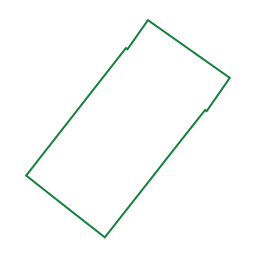 outline of Utracán, La Pampa, Argentina, rotated 127°
{"feature_id": "61730980B38803740288067", "entity_name": "Utracán", "entity_type": "district", "adm_level": 2, "iso_a3": "ARG", "parent_name": "Argentina", "parent_adm1": "La Pampa", "projection": "albers", "projection_center": [-65.237, -37.33], "detail": "fine", "context": "isolated", "style": "outline", "palette": "green", "viewbox_px": 256, "rotation_deg": 127, "n_neighbors": 0, "source": "geoboundaries", "source_scale": "gbopen_adm2", "svg_char_len": 488}
<svg xmlns="http://www.w3.org/2000/svg" viewBox="0 0 256 256"><g transform="rotate(127 128 128)"><path d="M29.9,177.0L32.2,176.9L65.4,175.8L65.4,176.6L65.4,177.7L67.2,177.8L186.6,180.0L188.2,180.0L190.0,180.0L190.9,180.1L227.3,180.7L227.4,173.6L227.7,161.7L227.8,157.9L228.6,119.7L228.6,118.2L229.3,80.7L141.6,78.9L129.6,78.7L68.5,77.3L67.2,77.2L67.2,75.5L67.2,75.3L29.2,76.8L26.7,76.9L27.2,92.2L28.3,126.9L28.8,143.1L29.9,177.0Z" fill="none" stroke="#15803d" stroke-width="2"/></g></svg>